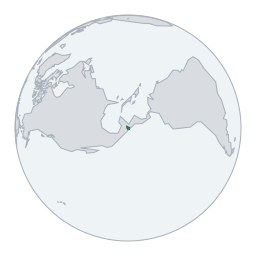 Quiché on an orthographic globe, rotated 296°
{"feature_id": "GTM-3467", "entity_name": "Quiché", "entity_type": "Department", "adm_level": 1, "iso_a3": "GTM", "parent_name": "Guatemala", "parent_adm1": "", "projection": "orthographic", "projection_center": [-90.931, 15.443], "detail": "fine", "context": "on_globe", "style": "filled", "palette": "green", "viewbox_px": 256, "rotation_deg": 296, "n_neighbors": 0, "source": "natural_earth", "source_scale": "10m", "svg_char_len": 8635}
<svg xmlns="http://www.w3.org/2000/svg" viewBox="0 0 256 256"><g transform="rotate(296 128 128)"><circle cx="128" cy="128" r="113" fill="#eef3f6" stroke="#a8b0b8"/><path d="M152.6,141.2L149.9,140.2L147.5,143.7L138.2,138.7L134.6,132.2L104.7,121.7L101.4,118.2L100.9,112.7L89.3,94.1L95.1,111.4L90.9,108.0L87.2,101.7L89.0,100.3L86.1,91.3L82.1,87.8L80.6,76.8L86.3,63.7L87.8,65.9L88.9,62.8L87.1,60.0L85.7,59.1L87.3,47.4L82.5,41.3L77.6,42.3L81.3,40.1L69.8,44.4L65.0,44.6L72.5,42.7L74.8,41.3L72.6,40.3L74.5,38.7L74.6,37.5L77.1,35.8L81.3,35.2L83.0,34.2L81.3,33.6L82.8,31.8L84.9,32.7L87.7,29.8L95.2,29.1L99.0,34.3L105.2,33.6L114.6,38.8L115.9,37.3L120.2,38.8L123.2,37.8L124.1,39.4L125.7,37.3L124.3,36.1L124.5,34.8L126.2,34.3L127.6,36.0L127.0,36.6L128.3,36.8L128.3,38.0L129.2,37.1L130.7,39.5L131.7,36.3L134.9,37.6L135.3,39.5L132.0,40.3L124.8,47.7L124.2,50.4L126.5,53.1L137.7,55.8L138.3,58.7L141.5,61.8L142.6,59.6L140.5,56.4L143.4,53.4L140.5,50.3L141.3,48.8L139.6,45.4L143.3,45.0L147.8,46.5L149.4,49.4L151.5,50.2L152.7,47.0L158.4,52.2L166.8,55.6L167.9,57.3L165.0,61.0L157.9,62.0L154.1,68.1L160.1,63.4L162.7,68.2L164.6,68.8L166.5,68.2L166.9,66.2L168.5,67.9L163.2,72.8L161.7,71.4L163.4,69.7L160.1,70.4L156.5,74.4L158.1,76.8L151.1,81.3L152.1,83.2L151.2,85.4L150.0,82.0L152.0,88.4L144.0,96.6L146.7,108.4L140.3,99.6L135.7,98.8L130.3,99.4L130.6,101.3L123.0,100.2L116.8,104.5L115.4,114.1L118.8,121.2L127.1,121.3L129.2,117.1L135.1,116.0L131.8,127.1L142.2,128.1L141.7,136.3L144.9,140.3L149.9,138.9L155.1,140.5L158.5,135.4L164.1,132.3L164.6,138.8L167.4,132.5L170.8,135.3L181.7,133.6L181.0,135.2L190.3,141.5L199.6,143.1L201.8,147.4L200.8,150.5L203.8,150.6L203.9,152.5L215.4,152.3L220.6,155.2L220.0,161.6L214.8,170.4L208.0,186.5L198.1,193.5L194.2,199.6L184.1,209.1L178.2,209.6L178.6,213.0L174.2,215.8L170.0,216.6L168.1,219.2L165.0,219.7L166.3,221.0L159.6,224.8L159.7,227.0L154.5,229.7L154.6,230.9L153.2,231.0L151.3,231.6L150.7,232.3L147.0,231.5L147.7,228.6L150.2,226.9L148.4,226.8L154.0,222.2L151.4,223.3L154.8,216.4L159.7,210.1L165.6,191.1L163.8,187.4L156.1,183.5L146.8,169.0L149.8,162.4L147.6,159.5L154.8,149.8L152.6,141.2ZM31.6,104.9L32.3,102.3L32.7,104.2L31.6,104.9ZM32.2,100.6L32.1,101.5L32.1,100.7L32.2,100.6ZM31.8,99.9L32.1,100.4L31.7,100.1L31.8,99.9ZM31.3,99.4L31.6,99.6L31.3,99.4ZM146.5,112.5L158.5,117.3L152.1,118.6L153.3,117.4L150.2,115.3L144.5,113.5L138.8,115.2L146.5,112.5ZM30.7,97.7L30.6,97.2L31.0,97.2L30.7,97.7ZM150.9,105.5L148.8,105.3L150.7,105.0L150.9,105.5ZM84.7,59.0L86.9,60.2L87.8,63.4L85.8,62.5L84.7,59.0ZM83.3,53.4L84.8,53.3L83.4,56.3L82.9,55.4L83.3,53.4ZM73.7,43.6L75.1,44.1L73.0,44.2L73.7,43.6ZM74.1,37.6L73.1,38.1L73.6,37.2L74.1,37.6ZM137.7,46.0L138.6,45.7L138.5,46.4L137.7,46.0ZM136.1,44.8L135.2,45.9L134.3,45.5L134.9,44.9L136.1,44.8ZM77.8,34.0L78.9,32.7L78.5,33.9L77.8,34.0ZM137.4,43.7L132.8,44.7L131.2,44.1L132.1,41.3L137.4,43.7ZM80.0,31.9L82.4,29.2L80.4,29.8L87.6,26.8L83.1,29.9L83.0,31.2L81.7,31.1L80.0,31.9ZM123.1,36.0L124.7,37.2L121.9,36.8L123.1,36.0ZM121.3,36.0L112.3,37.1L110.8,35.2L114.1,35.1L111.0,33.3L114.7,31.8L117.3,32.5L117.5,34.0L118.7,32.3L121.3,36.0ZM91.2,25.8L92.4,25.2L91.9,25.7L91.2,25.8ZM124.4,34.3L122.7,34.6L121.3,32.9L124.5,32.1L123.9,32.9L124.4,34.3ZM108.4,33.7L107.9,32.5L110.8,30.9L111.0,30.2L114.7,31.7L108.4,33.7ZM125.1,33.0L126.1,31.7L128.2,32.0L126.0,34.0L125.1,33.0ZM119.7,32.9L119.2,32.1L120.5,32.3L119.7,32.9ZM136.4,32.8L134.4,33.0L133.5,32.1L136.4,32.8ZM126.3,31.3L125.6,31.2L125.0,30.9L126.1,30.2L126.3,31.3ZM116.4,30.5L117.7,30.2L115.1,29.8L117.1,28.8L119.2,30.0L119.1,29.1L119.8,28.8L120.8,30.2L116.4,30.5ZM125.5,28.8L128.9,30.3L132.7,30.1L133.6,30.8L127.2,31.0L125.5,28.8ZM122.6,29.4L124.6,29.2L124.7,30.1L123.5,30.9L122.6,29.4ZM117.7,27.7L114.0,29.0L113.7,28.7L117.7,27.7ZM126.6,28.5L125.7,28.2L126.8,28.4L126.6,28.5ZM120.4,27.7L119.2,28.1L118.8,27.8L120.4,27.7ZM125.1,27.2L126.2,27.6L125.4,28.1L125.1,27.2ZM122.9,27.3L122.7,26.7L124.4,28.0L122.4,27.5L122.9,27.3ZM120.3,27.3L119.7,27.2L120.9,27.2L120.3,27.3ZM127.6,25.2L129.9,26.8L128.1,27.8L126.1,26.1L127.6,25.2ZM152.6,233.2L147.1,231.9L150.4,232.5L153.9,231.1L156.4,232.2L152.6,233.2ZM162.5,229.5L165.9,228.4L166.3,228.6L164.1,229.5L162.5,229.5ZM205.0,45.8L204.3,45.2L206.7,47.4L207.3,48.1L209.7,50.4L207.3,48.4L210.1,52.3L218.3,63.7L218.9,66.1L217.2,66.2L209.4,57.1L209.0,52.7L206.2,50.0L202.2,47.7L202.4,46.7L200.7,45.4L200.2,43.9L195.3,39.4L194.1,37.9L188.3,34.1L186.9,33.0L190.8,35.4L192.8,36.5L189.3,33.6L187.5,32.4L184.0,30.3L183.5,30.0L180.6,28.4L177.8,27.0L185.1,30.9L192.1,35.4L198.8,40.4L205.0,45.8ZM177.1,26.6L179.0,27.7L174.9,25.9L170.5,23.9L169.6,23.7L176.8,27.1L179.4,28.3L180.9,28.8L188.1,33.0L190.2,34.6L184.1,31.5L186.3,33.5L180.6,30.7L164.5,22.5L159.7,20.5L160.1,20.0L163.7,21.2L165.0,21.7L166.2,22.1L177.1,26.6ZM157.5,19.3L157.4,19.3L157.3,19.2L157.5,19.3ZM130.8,15.4L121.7,15.8L116.3,16.1L117.3,15.9L108.4,17.2L103.1,18.2L104.0,18.0L100.3,19.0L101.9,18.7L102.0,18.7L93.3,22.1L90.4,23.1L87.6,25.1L88.1,25.1L90.1,24.4L87.6,26.8L80.4,29.8L79.7,29.5L75.6,31.9L74.8,31.1L72.1,31.8L73.5,30.1L71.3,31.1L70.0,31.9L66.0,34.2L63.4,35.7L67.7,32.9L71.2,30.7L77.8,28.2L75.6,28.7L77.9,27.5L78.2,27.2L76.5,27.9L75.2,28.5L77.0,27.6L84.2,24.2L91.7,21.4L99.3,19.1L107.0,17.3L114.9,16.1L122.9,15.5L130.8,15.4ZM240.0,115.9L239.5,123.4L237.9,120.6L232.3,108.7L231.3,101.7L228.5,95.2L219.1,66.7L220.1,66.0L216.1,57.8L220.8,64.2L225.1,70.9L228.9,77.9L232.2,85.2L234.9,92.6L237.2,100.3L238.9,108.1L240.0,115.9ZM225.8,79.2L226.9,81.2L225.8,79.2ZM182.1,133.4L183.4,134.5L181.7,134.8L182.1,133.4ZM151.5,121.4L153.9,121.3L155.3,122.3L153.5,122.7L151.5,121.4ZM171.2,119.5L173.8,119.8L171.2,120.7L171.2,119.5ZM160.3,117.9L169.0,119.6L163.9,122.1L158.3,121.1L162.0,120.2L160.3,117.9ZM150.2,109.5L151.8,109.8L151.5,111.1L150.2,109.5ZM152.3,105.4L151.7,105.6L150.8,104.7L152.3,105.4ZM163.0,67.9L163.5,67.5L165.5,67.4L164.8,68.3L163.0,67.9ZM173.1,62.5L175.5,65.3L173.2,63.8L172.7,65.4L167.5,64.6L168.2,58.1L168.8,61.1L173.1,62.5ZM160.6,62.1L163.9,63.1L160.3,62.3L160.6,62.1ZM192.0,40.9L193.1,41.0L195.3,42.7L196.8,45.6L193.6,43.0L192.0,40.9ZM194.2,40.8L187.8,37.5L186.6,35.9L188.3,37.3L188.2,36.5L191.0,38.7L196.1,40.8L198.4,42.5L199.9,46.3L198.2,43.9L197.2,43.8L194.2,40.8ZM173.5,34.7L170.7,34.0L171.7,31.3L174.2,32.3L175.9,34.9L173.9,35.3L173.5,34.7ZM139.7,38.8L138.6,39.3L138.2,38.7L138.8,37.8L139.7,38.8ZM135.6,33.0L144.3,36.3L143.4,36.9L149.5,38.5L149.6,40.9L145.7,39.7L150.3,43.0L146.8,42.9L150.2,45.0L141.4,42.2L138.4,42.5L141.7,41.2L141.6,38.8L140.7,38.0L135.9,35.8L129.5,35.8L128.4,33.8L129.4,32.4L130.8,32.1L131.0,33.4L132.7,32.1L134.1,33.8L135.6,33.0ZM141.4,21.6L141.1,22.5L144.7,21.6L146.2,22.7L146.5,22.5L148.8,23.4L152.2,24.3L152.4,24.8L153.6,24.9L155.2,25.6L156.9,26.0L157.9,27.3L160.1,28.0L159.3,28.2L162.9,29.1L160.6,29.1L162.4,30.2L163.6,29.6L164.4,37.1L166.5,40.7L169.4,44.0L165.2,43.9L159.7,41.0L154.3,37.2L152.9,33.9L151.2,34.7L150.0,33.4L151.9,33.3L148.4,32.7L147.9,31.6L143.1,29.2L138.4,29.3L136.5,28.6L138.1,28.0L135.1,27.7L136.8,26.3L135.5,25.8L136.0,24.1L139.8,23.6L138.1,23.1L138.3,22.0L141.4,21.6ZM127.8,24.7L132.1,23.5L135.0,23.7L133.1,26.7L134.0,27.3L132.8,29.6L128.7,29.5L129.4,28.8L129.1,28.1L130.5,28.4L129.2,27.7L130.1,26.8L129.3,26.1L130.9,25.8L127.8,24.7ZM212.0,53.3L211.4,52.5L213.8,55.1L214.2,55.6L212.0,53.3ZM209.0,50.0L211.2,52.3L210.2,51.3L209.0,50.0ZM190.0,34.8L189.1,34.0L189.8,34.4L191.3,35.4L190.0,34.8ZM152.4,20.2L151.8,20.4L151.0,20.2L147.8,20.1L146.5,19.5L147.9,19.2L152.4,20.2ZM150.5,19.4L149.3,19.4L149.4,19.1L150.5,19.4ZM145.4,19.0L145.1,18.6L146.0,19.4L145.4,19.0ZM148.4,17.2L149.2,17.4L144.0,16.6L137.6,15.9L143.5,16.5L146.9,17.0L147.1,17.0L148.4,17.2ZM123.8,15.7L123.3,15.9L121.8,15.9L121.7,15.8L123.8,15.7ZM124.7,15.7L127.3,15.9L125.9,16.2L124.1,15.9L124.7,15.7ZM139.1,17.0L140.9,17.2L140.8,17.4L139.1,17.0ZM91.5,25.2L92.3,25.2L91.0,25.6L91.5,25.2ZM103.0,18.5L101.5,19.0L103.0,18.5ZM102.1,19.4L103.8,18.9L102.5,19.4L102.1,19.4ZM107.5,17.8L104.7,18.7L106.7,17.9L107.5,17.8Z" fill="#d9dde1" stroke="#a8b0b8" stroke-width="1"/><path d="M127.9,126.8L128.2,126.8L128.4,126.8L128.7,126.8L128.8,126.8L128.9,126.7L128.9,126.8L128.7,126.9L128.4,126.9L128.4,127.0L128.4,126.9L128.3,127.0L128.3,127.3L128.2,127.4L128.3,127.4L128.3,127.5L128.5,127.6L128.6,127.8L128.6,128.0L128.4,128.0L128.5,128.1L128.8,128.2L128.9,128.3L128.7,128.5L128.5,128.4L128.1,128.4L128.1,128.6L128.3,128.8L128.5,129.0L128.4,129.0L128.2,129.0L127.9,129.0L127.7,129.2L127.6,129.3L127.6,129.2L127.5,128.9L127.4,128.9L127.4,128.7L127.3,128.4L127.5,128.3L127.5,128.2L127.4,128.1L127.3,127.9L127.2,127.9L127.3,127.8L127.3,127.7L127.5,127.6L127.6,127.3L127.6,127.2L127.9,126.8Z" fill="#22c55e" stroke="#15803d" stroke-width="1.5"/></g></svg>